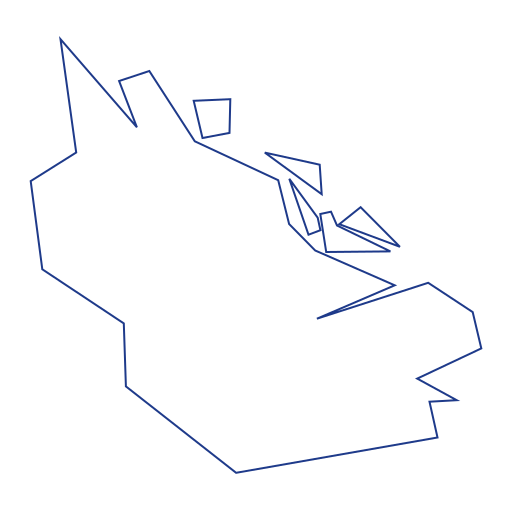 outline of Riau
{"feature_id": "IDN-492", "entity_name": "Riau", "entity_type": "Province", "adm_level": 1, "iso_a3": "IDN", "parent_name": "Indonesia", "parent_adm1": "", "projection": "mercator", "projection_center": [102.223, 0.735], "detail": "coarse", "context": "isolated", "style": "outline", "palette": "blue", "viewbox_px": 512, "rotation_deg": 0, "n_neighbors": 0, "source": "natural_earth", "source_scale": "10m", "svg_char_len": 697}
<svg xmlns="http://www.w3.org/2000/svg" viewBox="0 0 512 512"><path d="M60.5,39.2L136.9,127.3L119.1,81.0L149.3,71.0L194.8,141.3L278.2,180.2L289.1,224.0L315.2,250.5L394.7,285.3L316.9,318.7L428.2,282.8L472.7,312.1L481.3,348.4L417.2,378.6L456.7,400.2L429.5,401.7L437.5,437.5L236.1,472.8L125.9,386.4L123.8,323.4L42.3,269.3L30.7,181.1L76.2,152.5L60.5,39.2ZM390.4,251.4L326.2,252.0L320.3,214.0L331.0,211.7L337.0,225.5L390.4,251.4ZM230.3,99.2L229.5,132.9L202.5,138.0L193.7,100.8L230.3,99.2ZM289.3,178.8L317.7,217.7L320.4,230.2L308.5,234.7L289.3,178.8ZM319.7,164.7L321.7,194.2L264.8,152.6L319.7,164.7ZM360.6,207.2L399.9,246.8L339.3,224.2L360.6,207.2Z" fill="none" stroke="#1e3a8a" stroke-width="2"/></svg>